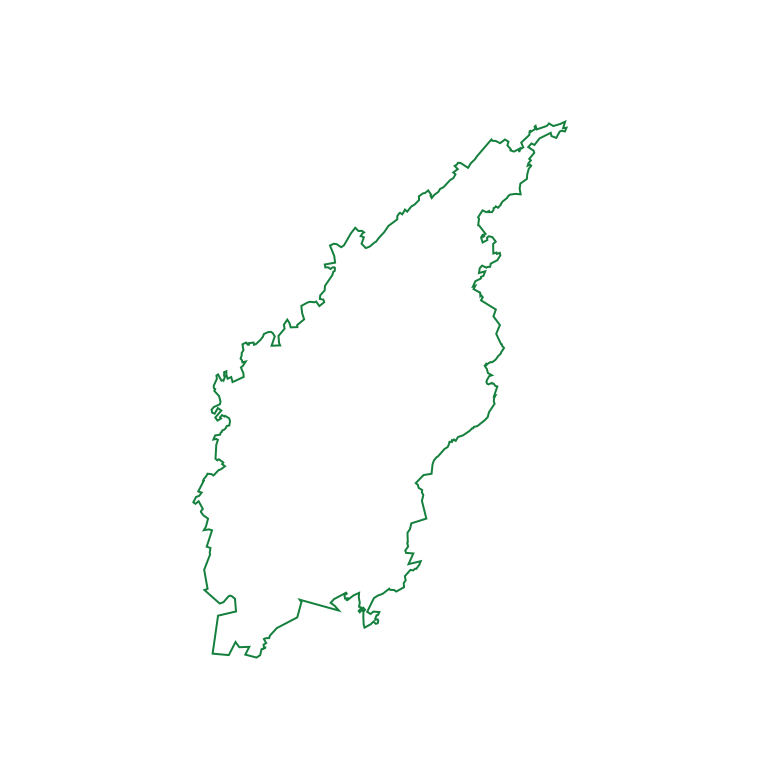 outline of San Carlos, Córdoba, Colombia, rotated 217°
{"feature_id": "7082276B45851614752586", "entity_name": "San Carlos", "entity_type": "district", "adm_level": 2, "iso_a3": "COL", "parent_name": "Colombia", "parent_adm1": "Córdoba", "projection": "equal_earth", "projection_center": [-75.703, 8.685], "detail": "fine", "context": "isolated", "style": "outline", "palette": "green", "viewbox_px": 768, "rotation_deg": 217, "n_neighbors": 0, "source": "geoboundaries", "source_scale": "gbopen_adm2", "svg_char_len": 6156}
<svg xmlns="http://www.w3.org/2000/svg" viewBox="0 0 768 768"><g transform="rotate(217 384 384)"><path d="M409.0,691.4L409.1,688.8L409.9,687.1L415.3,679.2L418.3,681.4L418.6,680.2L416.7,678.7L418.6,673.6L419.5,674.1L419.8,673.5L417.8,670.3L419.7,659.4L415.2,656.8L416.0,654.6L417.9,654.6L417.0,654.3L415.5,650.7L417.8,652.6L420.1,647.8L423.6,646.7L423.9,647.7L429.1,648.9L430.4,652.4L434.5,652.1L436.2,646.2L441.1,645.3L443.9,643.4L445.4,643.9L446.8,621.6L446.6,618.1L447.5,612.7L447.0,607.2L455.9,606.6L458.1,605.1L457.8,603.3L458.8,600.7L454.4,600.0L456.0,594.6L453.1,594.5L452.5,590.3L453.9,586.6L454.9,577.0L456.6,573.5L456.2,570.1L457.6,565.5L457.8,561.2L460.1,562.3L460.0,563.4L465.2,565.2L466.2,561.1L467.5,559.9L469.1,554.9L466.7,552.0L467.5,545.9L469.0,542.2L469.2,535.6L472.2,535.9L471.5,530.6L474.3,530.3L474.6,529.1L474.3,525.9L472.5,523.5L475.6,512.9L475.2,505.3L476.0,498.4L476.0,492.9L476.8,491.2L478.1,485.2L480.3,481.6L486.3,482.5L488.4,489.0L491.7,488.1L491.8,491.4L491.2,493.1L493.9,493.0L496.4,490.8L501.0,491.5L501.1,484.3L499.4,470.6L500.5,467.5L505.9,467.2L508.5,465.8L510.5,462.1L500.8,456.3L496.1,451.5L503.2,443.8L501.0,441.8L498.6,443.6L496.0,443.6L495.4,445.9L494.2,447.1L493.2,447.3L492.0,445.7L491.4,444.5L492.1,443.2L490.8,439.9L490.2,427.0L487.7,422.9L488.3,416.4L486.4,413.3L483.2,414.9L481.0,413.4L482.5,407.3L487.8,409.0L488.7,407.4L492.5,405.2L494.1,403.1L497.0,396.6L492.1,391.4L486.7,387.6L488.8,378.8L487.4,377.3L492.6,373.1L496.4,375.9L500.0,377.2L499.6,371.0L496.7,368.4L497.2,358.9L492.5,353.6L490.2,352.3L496.8,346.9L499.9,356.3L503.5,357.7L505.6,357.6L507.8,355.7L510.0,351.6L509.2,349.1L509.2,344.9L510.3,338.8L511.4,337.1L513.1,338.6L516.6,335.2L515.5,334.2L516.5,333.4L519.1,334.1L520.9,330.5L516.6,326.4L516.3,323.1L514.8,321.1L513.8,317.9L511.7,317.5L510.1,316.1L508.0,318.7L507.6,313.8L508.2,311.1L502.7,307.9L500.3,305.2L506.1,294.4L510.2,297.6L512.1,294.1L515.5,296.6L517.6,299.3L518.8,297.3L516.6,294.3L515.5,294.6L514.2,290.1L514.9,290.2L515.9,288.8L522.3,291.8L522.9,289.9L520.6,287.6L518.9,280.0L517.3,278.3L515.7,278.3L515.4,276.4L508.5,275.1L503.9,271.5L502.9,269.0L506.1,263.1L506.2,259.6L504.0,257.7L501.4,258.4L502.2,264.8L497.9,264.9L498.6,255.7L494.9,254.6L493.4,258.4L494.9,258.7L494.6,261.7L491.9,262.0L491.8,262.9L487.0,263.4L484.5,261.6L482.6,257.7L484.3,255.9L483.8,253.4L484.2,251.2L485.2,249.8L484.7,248.0L485.2,247.0L484.4,244.9L487.9,241.3L486.8,237.0L484.8,239.2L483.0,239.4L481.4,234.6L473.6,222.9L471.2,222.7L470.6,224.5L465.1,224.6L465.1,222.6L461.5,222.6L462.9,217.8L464.3,215.5L465.1,208.4L467.7,208.1L471.0,206.1L470.5,203.6L470.7,199.4L470.3,197.9L469.7,198.2L467.7,186.4L464.3,187.5L464.3,183.5L466.1,180.6L465.1,174.8L462.5,174.8L461.5,178.8L453.5,175.2L453.6,172.1L452.9,171.5L449.1,170.4L443.5,170.6L440.4,163.0L439.9,158.8L436.4,162.5L433.3,163.7L427.7,147.4L423.9,148.6L421.6,144.3L420.3,143.2L415.8,127.4L401.6,114.2L403.4,111.4L383.1,109.8L380.9,113.1L380.4,120.7L379.5,122.4L377.9,122.9L373.8,122.8L365.3,113.3L377.1,99.1L358.6,65.5L344.8,74.1L347.3,88.6L341.2,86.7L333.4,93.0L331.9,84.4L321.2,88.8L319.7,92.9L322.2,98.5L320.8,100.0L321.2,100.8L320.1,101.6L320.3,102.1L321.3,101.4L323.3,103.3L322.2,106.2L326.4,108.0L325.6,109.7L322.8,112.0L323.7,114.3L322.7,124.6L312.8,145.4L318.7,160.1L321.5,161.0L283.7,175.9L290.1,177.2L294.9,177.1L294.5,182.0L288.7,194.5L287.6,194.1L288.4,191.6L287.4,190.4L286.0,189.2L284.3,190.8L283.9,189.1L283.2,189.3L281.1,196.8L278.2,202.2L275.8,198.5L271.6,194.6L269.9,191.1L267.3,191.9L267.6,187.5L266.0,187.1L265.5,192.8L264.8,192.5L265.0,189.9L264.2,189.9L264.0,192.4L263.3,192.3L263.4,189.8L260.0,185.1L255.3,179.5L252.9,177.7L250.0,184.2L249.4,188.0L246.4,187.5L245.4,188.5L245.1,189.6L246.4,191.8L247.5,192.2L249.0,190.4L249.7,191.0L250.7,194.9L249.8,195.6L250.4,199.0L255.5,195.9L256.3,192.3L260.3,191.9L263.2,206.9L261.5,211.5L258.8,215.6L256.6,223.7L255.2,223.3L251.9,225.6L249.3,225.6L245.7,233.8L248.4,236.8L248.6,240.3L251.7,243.1L251.0,251.5L248.5,252.7L248.1,255.1L247.0,255.8L247.0,260.7L248.0,264.6L256.0,254.9L258.6,266.3L264.8,262.4L266.8,263.8L266.9,268.7L269.8,271.0L269.7,271.8L275.7,279.3L275.9,283.7L278.3,289.2L269.2,302.0L283.4,313.5L285.8,319.0L288.6,320.3L289.7,322.3L293.9,321.9L296.2,323.8L299.0,324.0L297.6,335.1L292.0,340.9L296.9,349.1L298.1,352.9L298.1,356.4L297.3,358.8L296.6,368.4L295.2,372.0L296.1,375.8L296.9,376.8L296.6,377.7L294.9,378.5L295.9,380.2L294.5,380.8L294.6,381.8L292.5,381.8L293.0,386.2L290.1,390.3L287.5,397.8L286.9,401.8L286.2,402.2L286.4,403.8L284.1,406.6L281.8,415.5L281.2,419.9L283.2,424.7L283.8,434.8L285.8,436.1L287.7,439.3L288.0,441.7L288.8,440.5L292.0,450.2L294.0,449.5L296.8,450.3L297.8,449.4L298.6,449.7L300.3,446.6L301.8,446.3L303.4,447.2L304.1,448.9L304.7,453.6L303.1,455.9L307.6,455.3L310.9,457.9L314.4,459.1L313.5,460.8L313.8,461.4L314.6,461.1L314.6,461.8L313.4,462.4L312.1,465.7L310.8,466.3L309.5,470.6L309.6,475.1L309.0,478.5L309.5,479.5L309.8,485.0L312.8,485.6L313.8,486.6L314.5,486.3L324.6,491.6L326.9,500.8L337.3,503.9L339.5,510.8L356.9,509.2L357.3,512.7L360.1,513.4L360.1,512.4L362.2,514.8L369.6,513.7L370.2,517.5L371.6,515.4L372.9,521.1L370.1,526.6L371.0,527.9L369.7,530.3L371.0,534.9L374.9,529.8L377.2,534.0L376.9,537.6L372.2,538.5L372.0,539.5L369.8,541.5L371.2,544.4L368.0,551.0L368.5,556.7L370.5,558.4L372.1,555.9L373.2,556.7L375.2,554.0L381.2,561.6L380.4,564.9L385.8,566.5L389.1,565.2L389.8,562.9L388.1,561.2L390.4,556.4L394.6,559.4L394.9,561.7L393.5,561.1L392.9,562.5L394.1,563.4L393.3,565.0L403.3,567.8L404.3,567.4L407.6,573.2L409.2,573.8L409.8,582.0L405.7,582.8L404.3,585.2L403.8,584.3L401.2,586.3L401.3,589.0L402.3,590.5L401.4,592.2L401.6,593.1L399.0,593.4L398.6,597.7L399.0,598.0L399.1,601.2L397.7,606.4L397.9,609.1L397.3,611.1L393.5,614.9L389.0,617.7L393.3,621.7L395.7,626.2L393.3,633.8L395.8,637.7L397.9,642.9L397.8,646.9L399.3,647.1L400.6,644.8L401.5,647.2L401.3,651.0L403.5,651.2L403.1,659.0L405.0,660.4L411.4,660.0L411.0,664.8L407.7,665.5L407.6,673.7L402.0,684.9L399.4,682.8L394.5,684.2L395.6,691.3L394.7,693.0L391.5,694.6L392.5,698.5L394.9,696.1L397.2,702.5L399.7,697.8L404.0,691.9L409.0,691.4Z" fill="none" stroke="#15803d" stroke-width="2"/></g></svg>